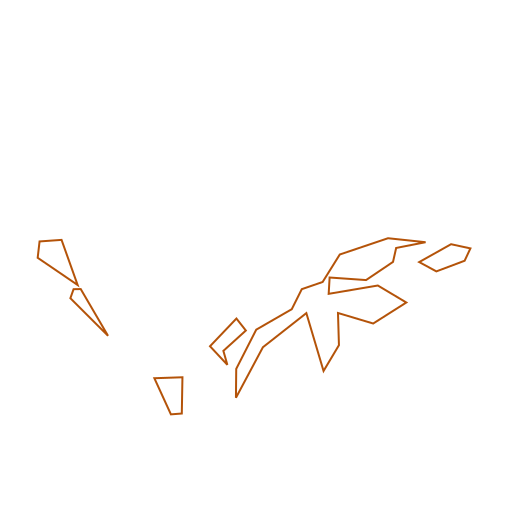 an SVG outline of Maluku Utara, rotated 56°
{"feature_id": "IDN-538", "entity_name": "Maluku Utara", "entity_type": "Province", "adm_level": 1, "iso_a3": "IDN", "parent_name": "Indonesia", "parent_adm1": "", "projection": "equal_earth", "projection_center": [127.364, 0.08], "detail": "coarse", "context": "isolated", "style": "outline", "palette": "amber", "viewbox_px": 512, "rotation_deg": 56, "n_neighbors": 0, "source": "natural_earth", "source_scale": "10m", "svg_char_len": 766}
<svg xmlns="http://www.w3.org/2000/svg" viewBox="0 0 512 512"><g transform="rotate(56 256 256)"><path d="M317.2,297.0L320.1,256.1L309.1,236.6L314.8,215.3L301.6,185.7L315.1,136.6L339.4,107.7L327.7,135.3L337.5,145.7L337.5,178.2L315.0,207.0L328.0,216.9L348.6,171.5L378.6,157.4L377.5,196.6L349.1,219.9L376.3,237.1L389.1,264.3L331.5,246.2L335.5,301.3L362.3,351.9L338.5,335.5L317.2,297.0ZM180.3,420.1L135.4,438.0L122.9,427.3L133.9,408.2L180.3,420.1ZM345.1,405.6L339.7,415.1L300.5,408.6L315.4,384.8L345.1,405.6ZM376.6,85.7L369.6,115.1L352.3,124.1L355.3,87.7L369.6,74.0L376.6,85.7ZM330.2,340.6L305.1,344.6L296.9,307.2L312.1,306.1L316.4,336.1L330.2,340.6ZM239.4,423.3L187.2,433.5L181.5,425.8L185.4,419.8L239.4,423.3Z" fill="none" stroke="#b45309" stroke-width="2"/></g></svg>